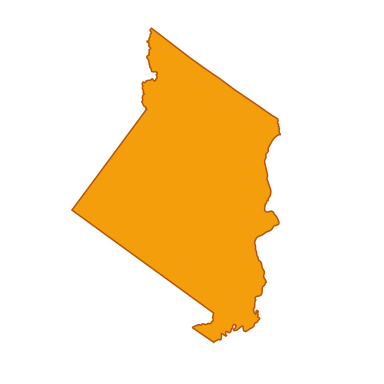 Missouri, Robinson projection, rotated 36°
{"feature_id": "USA-3531", "entity_name": "Missouri", "entity_type": "State", "adm_level": 1, "iso_a3": "USA", "parent_name": "United States of America", "parent_adm1": "", "projection": "robinson", "projection_center": [-92.269, 38.302], "detail": "fine", "context": "isolated", "style": "filled", "palette": "amber", "viewbox_px": 384, "rotation_deg": 36, "n_neighbors": 0, "source": "natural_earth", "source_scale": "10m", "svg_char_len": 5889}
<svg xmlns="http://www.w3.org/2000/svg" viewBox="0 0 384 384"><g transform="rotate(36 192 192)"><path d="M67.9,97.0L67.3,96.9L67.0,96.3L67.6,96.0L67.9,95.6L68.1,95.3L68.0,95.1L67.6,93.7L67.0,92.8L66.8,92.5L66.8,92.1L66.9,91.4L66.8,91.1L66.6,90.4L65.9,89.6L65.6,88.9L65.5,88.2L65.7,87.7L65.7,87.2L65.1,86.7L64.2,86.3L63.4,86.2L62.9,85.8L62.7,84.6L63.0,83.3L78.2,83.7L95.5,84.2L112.6,84.6L126.0,84.5L130.5,84.5L148.0,84.0L165.9,84.2L194.8,83.3L210.3,83.1L214.5,82.7L218.5,82.5L218.8,82.9L219.0,83.2L219.7,83.6L219.9,83.9L219.9,84.5L220.0,85.0L220.1,85.3L220.4,85.7L220.8,85.9L221.6,86.1L222.5,86.7L222.6,86.8L222.8,87.5L222.9,87.8L223.1,87.9L223.3,87.9L223.7,87.9L224.0,88.0L224.1,88.5L224.6,89.0L225.4,89.3L225.7,89.5L225.9,89.9L226.0,90.2L226.1,90.5L226.0,90.8L226.3,91.3L227.7,92.6L228.2,92.9L229.3,93.3L229.7,93.7L228.5,94.7L227.6,96.8L227.0,99.2L226.8,101.1L226.8,103.3L227.8,111.1L228.0,111.8L228.5,112.6L229.2,113.3L229.4,113.7L229.6,114.0L229.7,114.4L229.8,114.8L229.8,115.9L229.5,117.3L229.5,117.9L229.7,118.2L230.2,118.8L230.4,119.4L231.5,120.3L231.7,120.8L231.8,121.3L231.9,122.4L232.4,124.0L233.2,125.2L242.9,133.6L243.5,134.3L244.0,135.2L244.2,136.2L244.4,136.9L245.0,137.4L254.0,143.7L254.9,144.5L255.8,145.7L256.8,147.4L257.2,148.4L257.5,149.4L257.5,150.0L257.5,151.3L257.5,151.9L257.7,152.5L258.4,153.6L258.6,154.1L258.4,154.6L258.1,155.1L258.0,155.7L258.2,156.3L258.5,156.9L258.7,157.7L258.8,158.5L258.6,159.1L260.4,162.6L261.6,164.1L263.2,164.6L264.9,163.9L267.3,160.8L269.3,160.4L270.0,160.7L271.4,161.5L272.1,161.7L273.0,161.8L275.0,162.3L278.8,164.4L280.4,165.6L281.0,166.9L280.7,167.7L280.1,168.9L279.4,170.0L278.8,170.5L278.3,171.0L278.2,172.1L278.4,174.0L278.4,176.0L277.8,177.5L275.8,180.5L273.9,185.8L272.0,188.7L271.4,190.2L271.3,192.0L271.7,194.2L271.9,194.9L272.1,195.5L272.4,196.0L272.7,196.4L274.9,198.2L275.1,198.6L276.3,199.7L276.5,200.1L276.8,200.9L277.5,201.4L278.9,202.2L280.0,203.2L280.9,204.4L282.0,205.4L283.4,205.8L285.5,207.6L286.1,208.0L287.6,208.0L289.3,208.4L290.7,209.4L292.9,211.7L293.9,212.3L296.3,213.3L297.2,213.9L298.2,215.2L299.3,217.8L300.2,218.8L304.0,220.5L305.1,221.4L304.8,222.0L304.9,222.8L305.2,223.6L305.4,224.5L305.3,225.3L305.1,226.1L305.0,226.9L305.1,227.9L306.0,229.5L307.1,231.1L308.0,232.7L308.4,234.7L307.7,236.4L306.4,237.7L305.3,239.0L305.3,240.9L305.5,241.0L306.3,241.3L306.6,241.5L307.2,242.0L307.2,242.6L307.3,243.4L307.6,244.2L308.5,245.7L310.1,247.9L310.7,249.2L310.4,250.6L311.1,251.3L313.1,252.9L314.7,253.5L315.1,253.5L315.3,253.0L315.2,252.3L314.9,251.9L314.6,251.6L314.2,251.2L313.8,250.2L314.0,249.7L314.7,249.6L315.7,249.6L315.9,249.8L316.1,251.0L316.2,251.4L316.6,251.7L317.4,252.2L317.7,252.5L317.9,253.0L318.0,253.5L318.2,254.0L318.5,254.5L319.0,254.6L319.5,254.4L319.9,254.3L320.3,254.2L321.1,254.5L321.3,255.3L321.0,257.4L321.1,258.9L321.1,259.4L320.9,259.7L320.5,260.1L320.1,260.6L320.0,261.1L320.1,262.1L320.8,263.8L320.8,264.9L320.5,266.1L319.0,269.4L318.1,272.1L317.3,273.4L316.2,273.9L315.0,273.5L313.9,272.6L313.0,271.5L312.0,270.7L311.6,270.9L311.3,271.2L311.0,272.0L310.4,273.8L310.3,274.5L309.7,276.7L309.4,277.5L308.5,278.6L307.9,279.2L307.4,279.5L306.4,279.2L306.3,278.5L306.7,277.5L306.9,276.5L306.4,274.6L305.1,274.0L303.8,274.5L303.5,276.2L303.8,276.8L304.4,277.4L304.7,278.1L304.4,279.0L304.4,279.7L305.3,281.7L305.4,282.7L305.0,283.8L304.3,284.2L303.4,284.3L302.3,284.3L301.6,284.7L301.7,285.6L302.3,286.6L303.0,287.2L304.0,287.6L304.4,287.9L304.3,288.4L303.9,288.7L303.4,288.8L299.7,289.0L299.0,289.2L301.2,292.2L302.2,294.2L301.9,295.0L301.3,295.2L300.5,295.6L299.9,296.0L299.6,296.5L299.5,297.3L298.3,299.2L298.0,300.9L297.7,300.8L272.4,301.5L272.2,301.5L272.1,301.3L272.1,301.1L272.2,300.6L273.6,298.0L274.0,297.5L274.6,296.4L275.1,295.9L275.3,295.5L275.5,295.3L275.7,295.2L275.9,295.1L276.7,294.9L276.9,294.8L277.1,294.7L277.3,294.6L277.4,294.4L277.5,294.2L277.6,293.9L277.7,293.7L277.7,293.2L277.8,293.0L277.9,292.8L278.0,292.6L278.2,292.4L278.6,292.1L278.8,292.0L279.3,291.9L280.2,291.5L281.4,290.9L281.6,290.7L281.8,290.3L281.9,290.1L282.1,289.1L282.1,288.9L282.3,288.7L282.5,288.6L283.5,288.3L283.7,288.2L283.9,288.1L284.0,287.9L284.2,287.7L284.3,287.5L284.3,287.3L284.4,287.0L284.4,286.8L284.2,285.4L284.2,285.1L284.5,284.0L284.5,283.7L284.5,283.4L284.4,283.2L284.3,282.9L284.2,282.7L283.9,282.4L283.7,282.2L282.4,281.5L282.2,281.3L282.1,281.1L282.1,280.8L282.0,280.6L282.0,279.8L282.0,279.6L281.9,279.4L281.7,279.3L281.5,279.2L281.4,279.0L281.3,278.9L280.9,277.8L280.7,277.4L280.5,277.2L105.5,277.2L105.8,247.5L106.6,153.0L106.4,153.0L106.4,152.8L106.4,152.7L106.9,152.0L106.8,151.6L106.2,151.4L105.3,151.3L105.1,151.2L105.1,150.8L104.9,150.7L104.7,150.7L104.3,150.7L103.7,150.6L102.5,150.7L101.6,150.3L99.9,149.3L99.2,149.0L98.4,148.6L98.3,147.6L98.2,146.6L97.9,146.1L96.5,145.3L95.7,143.4L95.4,141.5L95.8,140.6L94.1,140.3L93.9,140.0L93.7,139.3L93.6,139.0L91.9,137.9L91.2,137.6L90.9,137.4L90.6,136.8L89.7,135.1L89.5,134.8L88.8,134.5L88.1,133.8L87.7,132.8L87.8,131.8L88.0,131.7L89.1,131.6L89.5,131.4L89.7,131.0L89.7,130.5L89.7,129.4L89.9,128.6L90.6,127.8L91.8,126.6L92.2,126.4L92.6,126.2L92.8,125.9L92.9,124.8L93.0,124.3L93.3,123.9L93.6,123.7L95.4,124.3L96.3,124.3L96.9,123.7L97.0,123.2L96.8,122.9L96.5,122.5L96.4,122.0L96.4,121.4L96.6,120.5L96.7,120.0L96.3,119.5L94.6,118.5L94.0,117.9L94.4,117.4L94.4,116.8L94.1,116.2L93.6,115.9L92.7,116.0L92.1,116.1L91.5,116.4L90.3,117.4L89.5,117.9L88.6,118.1L87.8,117.7L86.8,116.6L86.3,116.3L85.9,116.1L85.1,116.0L84.8,115.9L84.4,115.7L84.3,115.3L84.1,114.9L83.9,114.5L83.5,114.4L83.0,114.3L82.6,114.2L82.1,113.4L78.9,110.6L78.2,110.3L76.4,109.9L76.0,109.4L75.9,108.6L76.1,107.5L76.5,106.7L76.7,106.2L76.5,105.9L75.4,104.8L75.2,104.1L74.6,103.3L73.6,102.1L74.2,100.9L74.3,100.3L73.9,99.8L73.2,99.6L71.8,99.5L71.2,99.2L70.8,98.6L70.5,98.0L70.1,97.4L69.4,96.9L68.7,96.9L67.9,97.0Z" fill="#f59e0b" stroke="#b45309" stroke-width="1.5"/></g></svg>